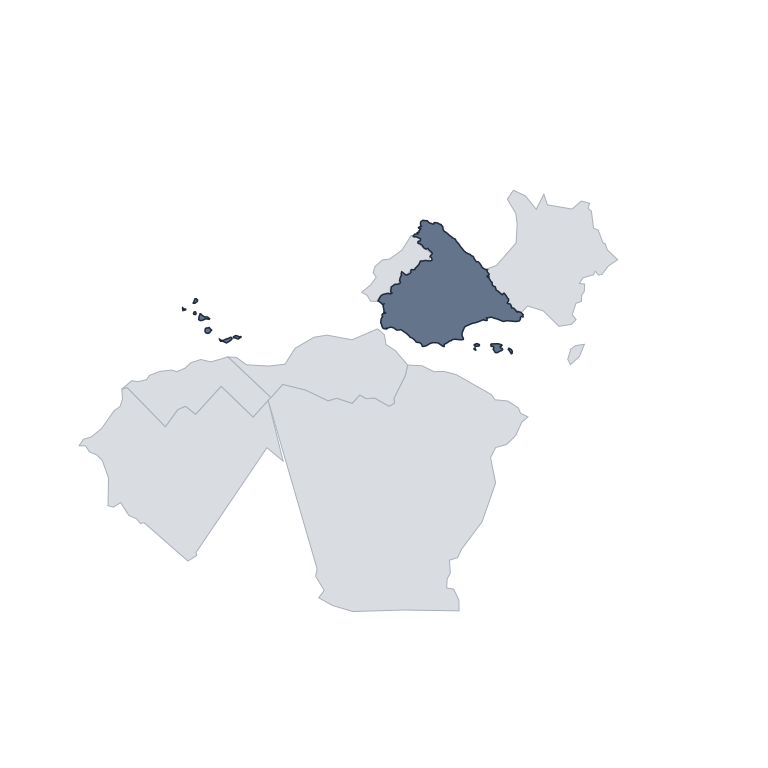 Spain highlighted, orthographic projection, rotated 40°
{"feature_id": "ESP", "entity_name": "Spain", "entity_type": "country or territory", "adm_level": 0, "iso_a3": "ESP", "parent_name": "Europe", "parent_adm1": "", "projection": "orthographic", "projection_center": [-5.186, 35.705], "detail": "fine", "context": "with_neighbors", "style": "filled", "palette": "slate", "viewbox_px": 768, "rotation_deg": 40, "n_neighbors": 6, "source": "natural_earth", "source_scale": "50m", "svg_char_len": 9050}
<svg xmlns="http://www.w3.org/2000/svg" viewBox="0 0 768 768"><g transform="rotate(40 384 384)"><path d="M306.2,467.0L305.1,493.6L260.8,490.5L259.3,528.4L246.3,528.8L242.6,536.0L244.1,557.4L189.8,551.9L186.4,556.4L188.6,543.6L194.2,540.3L199.3,533.2L198.8,528.1L204.3,518.3L212.5,509.7L217.3,507.8L221.5,499.6L222.4,491.7L227.9,483.0L237.1,478.4L247.1,463.5L306.2,467.0Z" fill="#d9dde1" stroke="#a8b0b8" stroke-width="1"/><path d="M463.6,134.5L468.8,137.7L483.1,138.6L480.0,149.2L480.5,159.8L478.2,162.7L473.4,161.9L474.3,165.6L468.2,174.7L469.0,181.4L473.5,178.5L478.0,184.5L478.2,188.7L482.1,193.9L479.2,198.8L483.6,209.9L489.6,211.1L489.4,217.7L481.0,227.3L459.1,225.6L443.8,231.9L443.4,241.0L430.8,243.9L417.8,238.0L414.0,241.4L393.3,235.6L388.7,229.9L394.0,220.8L394.5,191.0L383.1,175.8L375.3,168.6L359.7,163.1L358.6,152.4L371.5,149.0L388.3,152.3L384.4,135.8L394.0,141.7L415.7,129.1L417.5,117.0L425.4,113.4L427.4,118.4L431.8,118.3L444.4,130.0L449.2,128.4L460.9,135.1L463.6,134.5ZM506.0,231.5L512.0,224.8L516.0,237.2L514.4,249.3L508.9,247.0L504.7,237.3L506.0,231.5Z" fill="#d9dde1" stroke="#a8b0b8" stroke-width="1"/><path d="M186.4,556.4L189.8,551.9L244.1,557.4L242.6,536.0L246.3,528.8L259.3,528.4L260.8,490.5L305.1,493.6L305.8,471.0L356.3,507.9L335.3,508.1L348.3,634.0L350.8,635.7L347.6,645.7L289.2,644.5L287.0,647.5L281.4,646.3L273.1,648.7L258.5,644.2L255.8,652.3L250.8,654.6L233.3,633.0L217.3,623.6L209.4,623.0L202.2,625.3L195.2,623.3L190.1,627.3L189.3,619.5L193.7,612.9L196.3,599.7L194.4,577.9L196.3,570.8L193.2,563.5L186.4,556.4Z" fill="#d9dde1" stroke="#a8b0b8" stroke-width="1"/><path d="M305.8,471.0L306.6,449.4L328.1,438.9L352.0,432.8L356.9,425.3L372.1,419.2L372.5,408.0L379.9,406.6L385.6,400.8L402.2,397.8L404.3,391.8L400.8,388.7L394.9,363.8L389.9,354.3L401.4,345.6L414.5,342.4L421.8,335.8L433.2,330.4L473.0,323.1L479.2,324.7L489.7,317.5L502.3,315.9L507.5,318.7L515.4,316.7L514.1,324.7L518.0,338.7L516.8,351.4L510.4,360.8L512.9,371.9L533.1,388.0L547.7,426.5L549.6,460.7L551.9,469.8L547.4,476.8L556.4,486.4L557.6,492.6L563.2,500.0L569.1,496.3L580.3,501.4L587.3,509.5L544.1,544.7L506.4,578.3L487.0,586.8L471.4,589.7L470.8,580.5L455.2,575.2L451.6,568.6L305.8,471.0Z" fill="#d9dde1" stroke="#a8b0b8" stroke-width="1"/><path d="M309.4,252.8L318.3,247.1L320.9,254.6L336.0,253.5L339.1,261.1L333.7,265.1L333.4,276.8L331.5,279.0L330.8,286.1L325.8,287.2L330.3,296.4L326.8,306.2L330.8,310.8L324.5,320.4L325.4,325.4L320.4,329.2L314.1,326.9L307.9,328.3L310.1,316.6L309.4,307.3L304.1,305.7L301.6,299.9L303.0,290.0L307.9,284.8L311.7,269.8L309.4,252.8Z" fill="#d9dde1" stroke="#a8b0b8" stroke-width="1"/><path d="M253.9,458.5L266.3,457.7L284.0,444.5L295.4,432.5L292.9,413.7L300.4,393.1L308.9,383.2L331.1,370.7L343.6,345.9L352.6,346.0L360.0,352.4L371.7,351.2L389.9,354.3L394.9,363.8L400.8,388.7L404.3,391.8L402.2,397.8L385.6,400.8L379.9,406.6L372.5,408.0L372.1,419.2L356.9,425.3L352.0,432.8L328.1,438.9L306.6,449.4L306.2,467.0L247.1,463.5L253.9,458.5Z" fill="#d9dde1" stroke="#a8b0b8" stroke-width="1"/><path d="M389.9,230.1L389.9,230.6L390.4,231.3L390.8,231.6L391.8,231.9L393.5,232.1L394.2,232.5L394.3,233.1L394.1,233.8L393.6,235.0L393.8,235.3L394.1,235.5L394.8,235.5L395.3,234.6L395.5,234.5L395.5,234.8L395.7,235.1L396.9,235.6L399.7,236.6L401.6,236.7L401.8,237.1L403.6,238.7L404.8,238.6L405.7,238.5L406.3,238.1L406.8,238.1L407.8,238.7L408.6,239.2L409.3,239.8L409.7,240.0L412.4,239.4L413.0,239.8L414.4,239.6L415.9,239.7L417.2,239.6L417.3,239.4L417.3,237.9L417.4,237.4L417.7,237.2L418.5,237.3L421.3,238.0L423.5,238.9L424.5,238.8L425.1,239.1L426.1,240.5L426.0,241.2L426.2,241.9L426.2,242.5L426.5,242.8L427.4,242.7L429.3,241.6L431.0,242.2L431.8,242.6L432.5,243.6L433.1,243.6L433.7,243.1L434.8,242.5L439.0,243.3L439.9,243.3L440.1,242.5L440.4,242.2L441.6,241.8L442.4,241.3L443.3,241.1L445.3,241.5L446.0,241.4L446.4,242.3L447.0,242.6L447.3,243.4L446.3,243.9L445.7,244.1L445.7,245.5L446.0,245.8L446.6,246.2L446.8,246.6L447.1,248.6L446.1,250.0L444.7,251.5L437.3,256.6L435.6,259.0L435.0,259.5L429.3,261.3L425.3,263.1L423.4,263.7L421.1,266.4L420.0,267.5L421.0,267.8L422.1,268.9L421.8,269.5L420.3,270.4L419.6,270.7L419.2,270.6L418.9,270.7L416.5,275.3L414.4,278.7L413.1,280.1L411.9,282.3L409.2,287.8L409.3,289.3L411.0,294.6L412.0,296.0L413.2,297.1L415.5,298.0L416.1,298.9L415.4,299.9L413.2,301.7L409.5,304.1L407.9,306.0L407.7,307.7L406.6,308.6L406.2,311.0L405.6,312.6L405.5,313.2L404.8,314.4L404.8,315.3L406.0,316.5L405.5,317.0L404.9,317.3L398.9,317.8L395.2,320.6L393.4,323.0L391.9,327.4L389.9,330.0L389.0,330.5L387.5,329.4L385.7,329.3L384.0,329.7L383.1,330.6L381.7,331.2L380.3,330.8L377.3,330.6L376.0,330.7L373.9,331.4L372.1,331.0L369.1,330.8L362.6,331.4L361.8,331.7L361.0,332.8L358.9,334.6L355.7,334.7L352.9,335.9L352.2,336.7L350.9,338.8L350.6,340.3L350.3,340.3L350.0,339.9L349.5,340.0L349.3,341.2L348.2,341.7L347.3,341.9L345.1,341.0L343.2,339.5L342.3,339.4L340.7,337.2L340.0,335.8L339.6,334.3L339.7,333.7L339.6,333.2L338.2,332.6L337.8,331.2L338.9,329.4L339.7,328.7L340.2,328.5L339.0,328.5L338.1,329.7L336.9,327.8L332.3,324.1L332.6,323.3L332.5,322.8L331.7,323.8L331.2,324.0L328.8,323.8L326.0,324.2L325.0,319.0L325.0,318.0L325.7,315.9L326.5,315.0L327.6,313.3L328.9,311.8L330.8,311.2L331.4,310.1L331.7,309.1L329.9,309.2L327.2,304.9L327.3,304.3L327.7,303.3L327.9,302.0L328.0,301.1L328.7,300.2L329.9,299.4L330.8,298.2L331.3,297.0L331.4,296.0L330.9,295.2L329.4,294.8L327.9,291.7L327.6,289.7L326.4,288.6L325.4,286.7L326.3,286.5L330.2,286.5L331.2,286.1L331.9,284.8L332.7,282.7L332.9,281.5L332.7,280.9L331.4,279.6L331.4,279.2L331.6,278.6L333.4,277.3L334.0,276.6L333.9,276.1L333.6,275.6L333.5,275.1L333.7,274.5L333.8,272.5L334.0,271.9L333.8,270.1L333.6,268.6L332.8,266.6L333.0,266.2L333.4,265.8L334.6,265.1L335.6,263.5L337.0,262.2L338.9,261.2L340.2,260.0L340.7,259.1L341.1,258.8L340.8,257.8L340.0,257.2L339.1,256.8L338.0,256.8L337.4,256.7L337.2,256.2L337.3,254.9L337.3,253.7L337.1,253.1L336.6,252.6L335.6,252.7L334.8,252.3L334.2,252.3L333.8,252.5L332.0,252.4L330.7,251.9L330.3,252.1L330.1,252.3L329.9,253.2L329.3,253.7L327.7,254.1L326.5,254.0L325.4,253.7L324.5,253.2L322.2,253.4L321.9,253.2L320.0,254.2L319.3,254.2L319.1,254.1L318.5,252.9L318.7,252.4L319.7,251.1L319.6,250.8L319.2,250.3L318.9,249.7L318.8,249.3L318.2,249.3L317.6,249.6L314.5,250.4L313.5,251.0L312.4,252.0L311.5,252.2L311.2,251.9L311.2,249.5L312.6,248.0L313.5,247.1L313.1,246.8L312.2,246.8L312.3,246.1L312.7,245.8L313.2,245.0L312.7,244.6L312.3,244.1L312.4,242.7L312.5,242.1L312.4,241.5L310.4,242.3L309.9,242.1L310.0,241.1L311.1,239.6L311.3,239.1L310.0,238.8L309.1,238.0L308.5,237.3L308.0,236.3L308.0,235.4L308.7,233.4L310.5,232.5L312.2,231.1L314.5,231.5L315.9,231.2L317.2,230.5L317.9,230.4L319.1,229.8L319.1,228.9L318.7,228.3L319.1,227.7L321.9,226.0L323.6,225.9L325.3,225.1L326.4,225.7L327.4,225.5L328.5,226.2L330.0,227.7L332.2,228.4L333.9,227.9L337.0,227.9L338.6,228.1L341.3,227.8L342.9,227.9L345.5,227.2L347.4,228.1L351.3,228.6L353.6,229.4L360.0,230.6L362.3,230.6L365.5,229.9L366.9,229.3L368.2,229.6L370.0,229.0L370.9,229.1L372.1,229.9L376.2,231.0L377.2,230.0L378.0,229.8L381.0,230.3L384.0,231.5L385.5,231.5L387.8,231.1L389.9,230.1ZM449.1,281.0L450.2,281.4L451.3,280.9L452.0,281.0L452.6,281.1L452.8,282.1L452.4,283.2L451.7,284.3L451.2,285.6L450.8,287.0L449.8,287.9L448.9,288.4L446.8,287.6L445.6,287.4L445.2,287.1L444.8,285.6L444.3,285.2L443.5,285.0L442.9,285.5L442.0,286.3L441.5,285.6L440.7,285.5L440.4,285.0L440.4,284.4L444.8,280.4L446.1,279.5L449.0,278.3L449.4,278.4L449.1,279.0L449.5,279.5L449.5,279.9L449.1,280.3L449.1,281.0ZM205.5,448.7L204.0,452.0L202.9,453.2L202.3,453.6L200.7,453.8L199.1,451.5L198.4,449.2L198.0,448.5L198.8,448.0L200.0,448.3L202.6,448.1L203.1,448.0L205.9,446.1L208.5,446.1L208.5,446.8L205.5,448.7ZM233.2,454.8L231.3,456.3L229.5,455.7L229.2,455.4L231.1,455.2L232.8,454.0L234.0,451.3L235.9,448.3L236.3,447.0L237.0,446.5L237.9,446.6L238.3,446.7L238.6,447.4L238.5,449.0L237.8,451.6L236.8,453.9L233.2,454.8ZM217.4,453.6L217.2,454.7L217.4,455.9L217.2,457.6L216.5,458.5L214.8,459.3L213.5,459.0L212.8,458.5L211.7,456.8L211.8,455.3L213.1,454.3L213.7,453.1L216.7,453.6L217.2,453.4L217.4,453.6ZM240.3,444.3L239.4,445.2L238.4,444.7L239.0,442.6L239.5,442.0L241.4,441.2L242.9,441.0L243.4,440.0L244.0,439.7L244.4,440.3L244.0,441.0L243.5,443.1L242.5,443.7L240.3,444.3ZM462.1,279.0L458.3,277.8L457.1,277.7L456.8,277.5L456.8,276.2L459.1,275.8L461.1,276.3L462.3,277.9L462.4,278.2L462.1,279.0ZM186.1,444.7L185.8,444.7L185.6,443.5L184.4,440.4L185.5,439.3L187.2,439.5L187.8,440.4L187.9,441.4L187.5,441.9L187.5,443.0L187.2,443.7L186.1,444.7ZM430.5,295.6L430.1,296.6L428.3,296.4L427.9,296.0L428.2,294.9L428.7,294.8L428.7,294.0L429.2,293.3L431.6,292.5L432.2,292.9L432.4,293.7L431.0,295.4L430.5,295.6ZM193.9,452.7L193.3,452.8L192.7,452.4L192.2,451.1L192.7,450.3L193.2,449.9L193.7,450.1L194.8,450.8L195.0,451.5L195.0,452.0L193.9,452.7ZM184.4,454.7L182.8,457.0L181.4,455.9L181.0,455.5L180.7,455.0L182.3,455.1L183.9,454.1L184.4,454.7ZM432.5,299.2L432.2,299.4L431.4,299.3L430.3,299.4L430.2,298.8L430.5,297.9L431.3,298.7L432.4,298.8L432.5,299.2Z" fill="#64748b" stroke="#1e293b" stroke-width="1.5"/></g></svg>